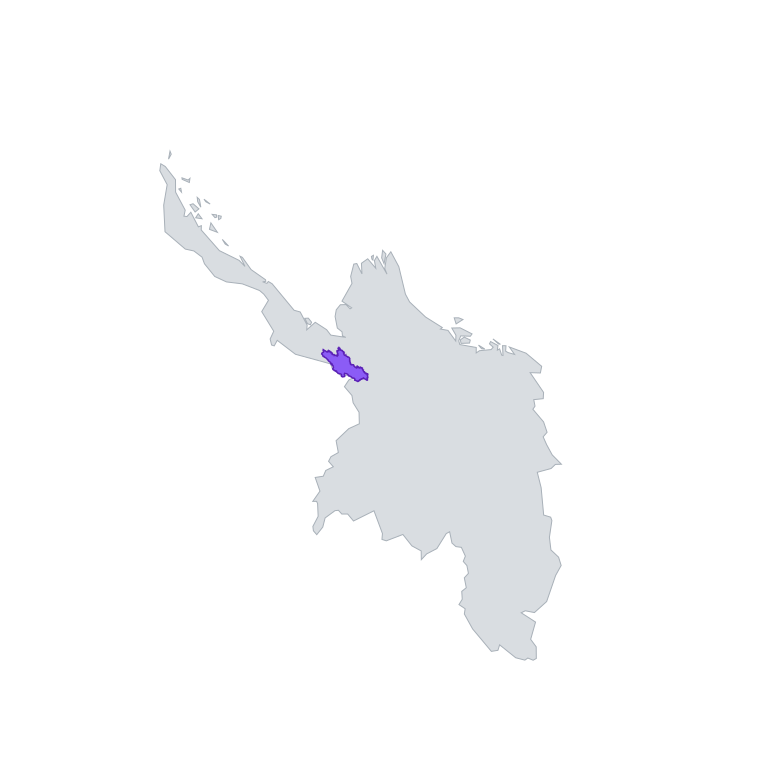 Hpapun, Kayin, Myanmar shown in context, rotated 146°
{"feature_id": "60261553B97076149795033", "entity_name": "Hpapun", "entity_type": "district", "adm_level": 2, "iso_a3": "MMR", "parent_name": "Myanmar", "parent_adm1": "Kayin", "projection": "orthographic", "projection_center": [97.331, 18.069], "detail": "fine", "context": "in_parent", "style": "filled", "palette": "violet", "viewbox_px": 768, "rotation_deg": 146, "n_neighbors": 0, "source": "geoboundaries", "source_scale": "gbopen_adm2", "svg_char_len": 9147}
<svg xmlns="http://www.w3.org/2000/svg" viewBox="0 0 768 768"><g transform="rotate(146 384 384)"><path d="M493.3,345.0L485.9,341.5L480.6,344.9L472.3,343.7L473.2,350.9L468.6,353.4L460.2,352.7L455.4,363.8L438.1,366.7L426.7,364.8L420.5,374.5L420.1,385.7L417.0,392.4L418.3,403.9L410.9,407.0L406.4,406.3L408.9,411.7L414.7,414.0L418.2,426.0L417.1,430.6L440.8,458.2L448.1,479.9L453.7,477.0L455.4,479.2L453.2,485.0L445.9,489.4L444.9,512.4L433.0,518.0L433.4,525.7L434.9,531.1L445.5,546.3L457.5,556.7L464.2,567.8L465.6,584.1L463.9,590.9L467.2,600.6L473.3,607.0L480.4,632.7L466.6,655.5L452.3,670.5L450.6,686.2L445.9,691.4L443.7,686.5L442.6,670.0L449.5,659.6L451.6,639.3L456.0,635.0L453.7,633.0L448.1,634.4L450.0,618.1L446.9,617.4L449.4,613.9L445.9,586.6L435.0,567.5L433.5,559.2L431.9,570.4L430.6,568.2L430.2,553.1L423.9,536.6L424.6,535.2L427.5,536.6L424.8,532.9L422.6,533.7L420.7,529.7L417.3,495.4L413.2,490.6L414.8,475.8L417.8,472.1L406.5,473.6L401.2,461.1L400.8,454.3L389.6,444.0L391.5,447.2L389.6,450.7L391.4,456.5L386.8,467.3L382.1,472.2L375.9,474.1L371.1,471.1L370.1,465.3L368.2,465.2L372.5,476.2L354.3,485.3L351.5,491.8L342.0,500.3L339.2,499.1L340.7,487.6L335.2,496.7L327.5,496.9L326.1,484.6L322.9,491.7L318.5,493.8L320.1,473.4L318.8,479.3L311.4,487.3L304.4,489.8L306.1,473.0L316.0,446.5L316.9,437.7L312.1,416.3L304.1,398.2L306.5,398.0L301.0,392.7L300.5,379.5L297.1,384.2L296.5,392.5L289.5,388.0L283.0,376.3L285.7,375.3L293.5,381.0L297.9,378.0L299.1,374.3L287.1,362.7L290.2,358.2L286.2,358.2L275.9,352.6L272.9,353.5L274.1,358.3L271.9,359.6L268.0,352.2L271.1,348.7L268.5,348.5L270.3,342.1L269.4,341.1L264.3,349.5L261.5,347.5L264.8,343.2L263.6,340.7L259.2,335.5L259.4,344.6L249.0,330.1L243.4,310.5L248.2,305.7L256.5,311.7L256.4,287.8L260.2,282.8L268.6,287.3L271.2,281.2L274.7,279.8L272.9,263.3L275.8,252.8L281.6,251.2L283.1,242.7L284.2,231.2L281.8,218.3L286.9,221.5L292.7,220.5L306.3,225.1L311.7,210.2L324.9,186.1L320.3,180.4L321.2,176.9L332.6,164.4L338.4,153.1L336.1,142.8L338.6,134.5L348.8,129.3L370.8,112.7L387.1,110.4L393.7,117.0L398.2,117.6L391.5,101.9L405.2,90.3L404.8,81.0L411.2,71.3L414.8,71.6L418.0,76.4L421.6,76.3L427.9,83.4L434.0,103.1L438.5,99.5L444.5,102.3L447.5,131.4L446.0,148.4L442.4,152.3L445.2,159.2L439.5,161.8L435.5,168.6L429.7,169.1L425.8,178.4L419.9,179.8L416.8,187.1L417.5,192.6L412.8,195.8L411.2,205.3L415.3,209.0L416.6,214.1L412.2,224.8L416.0,225.2L432.2,218.0L443.6,219.3L451.3,217.5L446.5,224.8L451.4,234.2L452.5,248.7L469.8,252.7L472.6,256.3L468.9,260.9L463.2,284.5L485.9,287.5L486.8,296.5L491.7,299.8L492.4,304.8L495.5,306.4L507.7,305.9L514.8,299.6L524.0,296.7L524.6,301.8L522.6,305.7L512.6,311.1L505.9,322.0L505.5,324.4L508.7,326.5L497.0,331.0L493.3,345.0ZM290.2,370.1L297.4,374.6L296.0,377.9L291.3,378.0L287.9,372.2L290.2,370.1ZM437.3,602.9L442.2,609.8L437.4,614.4L437.3,602.9ZM288.8,399.6L285.0,397.0L282.5,393.3L290.6,393.5L288.8,399.6ZM444.4,632.2L444.6,641.1L441.5,640.2L439.5,632.7L444.4,632.2ZM315.4,489.9L310.4,495.6L309.7,490.7L316.7,483.7L315.4,489.9ZM412.9,482.7L409.9,480.9L409.5,475.7L411.9,474.2L413.7,476.8L412.9,482.7ZM434.5,643.2L433.8,640.2L437.0,633.0L436.5,639.3L434.5,643.2ZM432.7,659.9L436.9,666.6L436.2,667.9L432.3,662.6L429.9,663.0L432.7,659.9ZM447.2,627.1L442.8,629.0L442.5,622.8L447.2,627.1ZM436.9,690.9L431.2,696.7L431.9,693.5L436.9,690.9ZM266.7,353.2L268.5,360.5L265.3,351.8L266.7,353.2ZM437.4,588.8L437.2,594.3L435.7,585.3L437.4,588.8ZM283.4,358.7L283.9,363.4L280.9,356.7L283.4,358.7ZM431.6,620.7L428.3,617.9L429.4,615.9L431.1,616.4L431.6,620.7ZM429.2,612.7L427.2,616.4L425.1,614.1L426.7,612.5L429.2,612.7ZM429.8,634.7L429.9,637.9L427.5,630.4L429.8,634.7ZM323.1,496.8L320.8,496.6L323.9,492.9L324.2,494.3L323.1,496.8ZM445.1,660.4L443.0,659.9L444.6,656.3L445.1,660.4Z" fill="#d9dde1" stroke="#a8b0b8" stroke-width="1"/><path d="M401.4,439.2L401.6,439.4L401.8,439.2L402.1,439.2L402.1,438.9L402.0,438.5L402.0,438.0L402.5,438.0L402.7,437.7L402.8,437.3L403.0,437.4L403.2,437.1L403.3,437.1L403.6,437.4L403.9,437.4L404.2,437.5L404.4,437.6L404.4,437.8L404.5,437.8L404.6,437.7L404.6,437.3L404.7,437.0L405.0,436.8L405.0,436.2L405.2,435.6L405.3,435.6L405.4,435.1L405.4,434.7L405.6,434.7L405.9,434.8L406.1,434.7L406.1,433.8L406.2,433.5L406.5,433.4L406.7,433.5L406.9,433.8L407.0,433.9L407.2,434.0L407.2,433.9L407.0,433.6L407.1,433.4L407.3,433.3L407.5,433.9L407.7,434.5L408.3,434.8L408.3,435.0L409.2,435.4L409.1,435.5L408.8,435.7L408.8,435.8L409.2,436.1L409.3,436.3L409.2,436.4L409.4,436.5L409.5,436.7L409.7,437.0L410.2,437.2L410.4,437.4L410.4,437.6L410.0,438.0L409.8,438.3L409.6,438.5L409.9,439.0L410.5,439.3L410.5,439.5L410.1,439.8L410.0,440.0L410.4,440.3L410.5,440.9L410.8,440.7L410.9,440.8L410.8,441.0L410.8,441.4L410.6,441.5L410.6,441.8L410.9,441.8L411.2,442.0L411.3,442.0L411.4,442.4L411.3,442.5L411.5,442.4L411.5,442.9L412.0,442.7L412.1,442.4L412.3,442.3L412.5,442.3L412.8,442.4L412.9,442.2L413.1,442.4L413.4,442.5L413.7,443.3L413.9,443.7L414.1,444.2L414.2,444.5L414.5,444.8L414.6,445.1L414.7,445.4L414.9,445.7L415.0,446.0L415.0,446.3L415.1,446.5L415.2,446.4L415.4,446.3L415.7,445.9L416.0,444.5L416.1,444.4L416.6,444.2L417.7,444.4L418.5,444.1L418.8,443.8L418.9,443.7L418.7,443.1L418.7,442.5L418.7,441.9L419.0,441.4L419.0,441.0L418.9,440.8L418.7,440.5L418.4,440.3L418.5,440.2L418.4,439.7L418.0,438.9L417.7,438.4L417.4,437.6L417.4,437.3L417.2,436.3L417.2,435.7L416.9,435.2L417.1,434.8L417.1,434.1L416.4,432.3L416.4,432.1L416.6,431.7L416.6,431.4L416.1,430.6L415.9,429.9L415.9,429.5L416.0,429.1L416.4,429.1L416.7,429.5L416.7,429.1L416.4,428.7L416.0,427.8L416.5,426.7L416.5,426.4L416.5,426.2L417.1,425.6L417.9,425.4L418.1,425.1L418.1,424.7L418.1,424.3L417.8,423.7L417.6,423.3L417.7,423.0L417.4,422.6L417.0,421.8L416.9,421.6L416.7,421.6L416.5,421.8L416.3,421.6L416.2,421.3L416.3,421.2L416.5,421.1L416.6,420.9L416.6,420.7L416.2,419.9L416.1,418.4L415.5,417.9L415.3,417.7L415.0,417.3L414.3,416.5L414.1,416.2L414.0,415.7L414.1,415.2L414.9,414.3L414.9,414.1L414.5,413.2L414.3,413.0L413.8,412.9L413.3,412.5L412.8,412.4L412.4,412.3L412.2,412.4L412.1,412.5L411.5,414.3L411.1,414.6L410.8,414.7L410.7,414.8L410.0,414.0L409.5,413.7L409.2,413.4L408.9,412.7L408.7,412.4L408.7,412.0L408.6,411.7L408.9,411.1L408.9,410.7L408.6,410.3L408.1,410.1L407.9,409.6L407.9,409.3L407.8,409.1L407.6,408.8L407.3,408.7L407.2,408.3L406.9,407.1L406.7,406.6L406.4,406.1L406.0,406.0L405.8,405.9L405.5,405.4L405.4,405.1L405.4,404.4L405.8,403.9L406.0,403.6L405.7,403.5L405.7,403.3L405.7,403.2L405.3,402.5L405.2,402.1L405.0,401.9L404.8,401.8L404.8,401.6L404.6,401.4L404.5,401.2L404.3,400.7L403.8,400.6L403.7,400.7L403.4,400.7L403.3,400.8L402.9,400.6L402.5,400.8L402.3,400.8L402.2,400.7L402.0,400.8L401.9,401.0L401.5,400.9L401.4,401.0L401.2,400.9L401.3,400.9L401.2,400.7L401.0,400.8L400.8,400.8L400.7,400.8L400.4,400.7L400.3,400.9L400.1,400.9L400.0,400.7L399.8,400.7L399.7,400.6L399.5,400.8L399.2,400.7L398.8,400.5L398.8,400.4L398.4,400.2L398.3,400.4L398.1,400.5L397.7,400.6L397.5,400.4L397.5,399.8L397.3,399.5L397.1,399.0L396.8,398.5L396.6,398.1L396.3,397.3L396.1,396.8L395.9,396.7L395.6,396.5L395.4,396.6L395.3,396.9L395.5,397.1L395.4,397.5L395.2,397.6L394.9,397.7L394.9,397.8L394.7,397.8L394.5,398.5L394.3,398.6L394.1,398.5L393.8,398.4L393.7,398.5L393.5,399.2L393.4,399.4L393.0,399.7L393.1,400.4L393.0,400.5L392.7,400.7L392.5,400.9L392.5,401.0L392.3,401.0L392.6,401.8L392.3,401.9L392.8,402.2L392.6,402.3L392.6,402.5L392.7,402.8L392.8,403.0L393.0,403.2L393.1,403.3L393.6,403.5L393.6,403.8L393.6,404.0L393.6,404.3L393.6,404.5L393.4,404.6L393.4,405.0L393.6,405.1L393.8,404.9L393.9,405.2L393.7,405.7L393.8,406.0L393.8,406.5L393.7,406.7L393.7,406.9L393.7,407.0L393.4,407.2L393.6,407.4L393.6,408.0L393.5,408.6L393.3,408.7L393.0,409.3L393.3,409.5L393.4,409.9L393.9,410.1L393.9,410.4L394.1,410.5L393.9,410.7L394.0,411.1L394.3,411.2L394.7,411.3L395.0,411.2L395.1,411.3L395.5,411.2L395.5,411.4L395.6,411.7L395.7,412.0L395.9,412.1L396.3,412.1L396.4,412.3L396.0,412.5L395.8,412.8L396.0,413.0L396.0,413.5L396.2,413.9L396.6,413.8L396.9,413.9L396.9,414.0L397.1,413.5L397.1,413.0L397.2,412.8L397.5,412.8L397.7,412.6L397.9,412.7L398.0,413.0L398.2,413.4L398.3,413.8L398.7,414.5L398.6,414.9L398.6,415.0L398.9,415.4L398.9,415.6L398.8,415.8L398.8,416.0L398.6,416.2L398.4,416.7L398.5,416.6L398.7,416.8L398.6,417.0L398.8,417.2L399.1,417.3L399.3,417.6L399.6,417.9L400.0,417.9L400.6,418.6L400.5,418.9L400.7,419.3L400.6,419.7L400.2,419.7L400.1,419.8L400.1,420.2L400.0,420.6L400.0,421.3L399.6,421.7L399.6,421.9L399.7,422.2L399.7,422.3L399.3,422.4L399.0,422.9L399.0,423.2L398.9,423.4L398.5,423.8L398.4,424.0L398.2,424.1L398.1,425.1L398.1,425.6L398.3,426.1L399.0,426.6L398.9,427.0L399.1,427.2L399.4,427.9L399.6,428.0L399.7,428.5L399.7,429.0L399.5,429.4L400.1,429.3L400.3,429.4L400.7,430.3L400.6,430.6L400.6,431.0L400.3,431.4L400.2,431.6L400.3,431.9L400.1,432.0L399.7,432.0L399.8,432.4L399.6,432.4L399.4,432.7L399.4,433.1L399.7,433.3L399.8,433.6L399.6,433.7L400.1,434.6L399.9,435.1L400.3,435.4L400.6,435.8L400.6,436.2L401.0,436.4L400.9,436.5L400.8,437.0L401.0,437.2L400.9,437.4L400.9,437.6L400.9,438.0L400.8,438.3L400.7,438.3L400.7,438.6L401.0,438.8L401.0,439.0L401.2,438.8L401.4,439.0L401.5,439.0L401.4,439.2Z" fill="#8b5cf6" stroke="#5b21b6" stroke-width="1.5"/></g></svg>